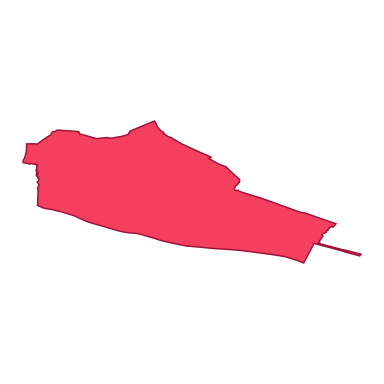 Lielvārde, Keguma, Latvia
{"feature_id": "27541924B73355249500157", "entity_name": "Lielvārde", "entity_type": "district", "adm_level": 2, "iso_a3": "LVA", "parent_name": "Latvia", "parent_adm1": "Keguma", "projection": "equal_earth", "projection_center": [24.806, 56.72], "detail": "fine", "context": "isolated", "style": "filled", "palette": "rose", "viewbox_px": 384, "rotation_deg": 0, "n_neighbors": 0, "source": "geoboundaries", "source_scale": "gbopen_adm2", "svg_char_len": 4214}
<svg xmlns="http://www.w3.org/2000/svg" viewBox="0 0 384 384"><path d="M211.1,157.2L210.4,156.9L209.6,156.5L207.9,155.7L206.8,155.2L205.8,154.7L205.2,154.4L203.4,153.7L202.5,153.3L201.7,153.0L200.5,152.6L200.0,152.3L198.5,151.6L198.3,151.5L197.9,151.4L196.6,150.7L195.8,150.4L195.2,150.1L191.2,148.3L190.0,147.7L189.8,147.6L188.3,146.9L184.7,145.3L183.8,144.8L182.8,144.4L182.2,144.1L181.6,143.8L181.4,143.7L180.4,143.2L180.1,143.0L179.6,142.7L178.2,141.8L175.7,140.3L174.0,139.3L171.7,138.0L171.4,137.8L167.9,136.5L167.4,136.1L166.3,135.3L165.4,134.5L164.6,134.1L163.9,134.0L163.9,132.8L162.8,132.0L162.2,131.6L160.1,129.9L159.1,129.0L158.1,127.7L157.2,126.3L157.1,126.1L156.5,124.5L155.5,122.6L154.9,121.8L154.4,121.0L152.3,121.9L150.3,122.7L148.4,123.5L146.0,124.5L145.3,124.7L139.6,127.2L136.4,128.5L133.2,129.8L131.5,130.6L131.1,130.8L130.6,131.0L130.3,131.1L130.0,131.2L128.1,134.4L124.5,135.6L123.0,136.0L121.6,136.4L118.7,136.9L115.0,137.5L112.7,137.9L111.2,138.2L110.3,138.1L108.0,137.9L107.5,137.9L107.4,137.5L96.6,138.6L87.1,135.9L79.5,133.9L78.7,131.6L62.6,130.4L62.3,130.4L62.1,130.4L61.3,130.3L60.6,130.3L57.1,130.1L55.6,131.2L55.0,131.5L54.7,131.6L52.6,131.6L50.7,134.9L47.2,137.0L46.9,137.2L40.9,141.4L37.4,144.1L34.7,143.8L26.6,143.9L26.3,152.0L24.7,157.5L24.5,158.2L24.0,159.0L23.5,159.7L23.5,160.0L23.4,160.3L23.0,162.6L25.7,163.0L28.3,163.6L29.2,163.9L30.0,164.1L30.2,163.8L30.3,163.6L33.7,164.1L37.1,164.6L37.4,164.7L37.2,165.0L36.9,165.5L37.3,165.6L37.0,166.1L36.9,166.3L36.9,166.6L36.8,166.9L36.8,167.1L36.8,167.3L36.7,167.7L36.6,168.1L36.4,168.7L36.5,169.2L37.0,169.6L36.4,169.8L36.6,170.3L36.1,170.7L36.2,171.3L36.3,171.4L36.6,171.5L36.7,171.8L36.8,171.8L36.9,172.1L37.5,172.3L38.0,172.5L38.1,172.8L37.8,173.1L37.7,173.1L37.3,173.2L37.2,173.1L36.9,173.1L36.7,173.0L36.5,173.4L36.4,173.8L36.4,174.1L36.4,174.3L36.6,174.4L36.7,174.5L36.8,174.5L37.0,174.7L37.3,174.7L37.4,174.8L37.4,175.0L37.2,175.1L37.0,175.3L36.9,175.3L36.5,175.4L36.4,175.4L36.4,175.5L36.4,175.8L36.5,175.9L36.6,176.0L36.8,176.1L37.3,176.2L37.6,176.3L37.9,176.4L38.0,176.6L38.2,176.8L38.1,177.0L38.0,177.3L38.0,177.6L37.8,177.8L37.9,178.0L38.2,178.3L38.4,178.3L38.6,178.4L38.9,178.5L39.0,178.6L39.0,178.8L38.9,178.9L38.8,179.0L39.1,179.3L38.9,180.0L38.1,181.2L37.6,182.0L37.2,182.1L37.3,182.3L37.6,182.5L38.2,184.0L39.2,185.3L38.9,185.9L38.8,186.1L38.5,186.3L38.2,186.7L37.9,187.2L37.8,187.4L37.6,187.8L37.4,188.5L37.7,188.9L38.0,189.1L38.1,189.7L38.4,190.2L38.1,190.7L37.5,205.4L42.8,207.8L46.4,208.7L51.6,209.5L54.4,210.1L62.6,212.2L66.7,213.4L74.4,215.9L80.0,218.5L87.2,221.6L90.1,222.6L104.7,226.8L109.4,228.2L117.6,230.6L123.1,231.9L128.6,232.8L133.3,233.2L136.6,233.5L140.2,234.2L155.0,238.5L160.3,240.3L172.1,243.1L176.0,243.9L186.4,246.0L198.2,247.0L213.5,248.5L226.4,249.3L239.5,250.3L265.1,253.6L273.8,254.8L284.3,256.5L295.5,259.8L303.7,263.0L314.0,243.5L315.1,243.6L316.1,244.0L330.6,247.8L345.8,251.9L345.4,252.1L359.7,255.9L361.0,254.2L360.5,254.1L358.7,253.6L352.0,251.9L345.3,250.1L345.1,250.4L318.4,243.3L318.5,243.0L319.2,242.8L319.7,242.6L319.6,241.7L319.6,241.3L319.3,240.8L320.3,239.9L321.0,238.7L321.7,238.1L321.9,237.5L322.0,237.1L322.4,236.5L322.9,236.2L322.5,235.3L321.9,234.9L322.5,234.1L323.0,233.3L324.4,233.0L325.7,232.8L326.1,232.2L326.6,231.6L326.7,231.3L327.2,230.5L328.1,230.0L328.5,229.2L329.0,228.1L329.3,227.8L329.8,227.6L330.2,227.4L331.7,226.5L333.1,227.1L333.3,226.7L333.8,226.4L335.3,224.6L336.0,223.8L335.1,223.5L327.1,220.7L319.4,218.1L305.8,213.2L305.0,212.9L302.6,212.9L300.6,212.2L298.2,211.4L295.7,210.6L292.1,209.3L288.5,208.0L285.0,206.7L281.4,205.5L274.5,202.9L270.3,201.4L270.0,201.3L259.4,197.6L253.4,195.8L247.2,193.9L239.8,191.5L238.7,191.1L238.4,190.5L238.4,190.3L234.8,190.4L234.7,189.5L234.4,188.5L235.4,186.4L238.0,183.9L239.5,182.0L239.7,180.4L239.5,179.6L238.8,178.7L238.5,178.5L233.1,173.6L232.0,172.6L230.6,171.4L228.8,169.6L226.3,167.1L225.4,166.5L222.7,165.6L221.6,165.2L220.2,164.7L219.3,164.3L218.7,164.0L218.1,163.6L217.3,163.3L217.3,163.2L216.0,162.6L214.5,161.7L213.9,161.4L212.4,160.5L210.2,159.2L209.8,159.0L209.4,158.8L209.1,158.7L208.8,158.5L209.3,158.2L209.9,158.0L210.5,157.6L211.1,157.2Z" fill="#f43f5e" stroke="#9f1239" stroke-width="1.5"/></svg>